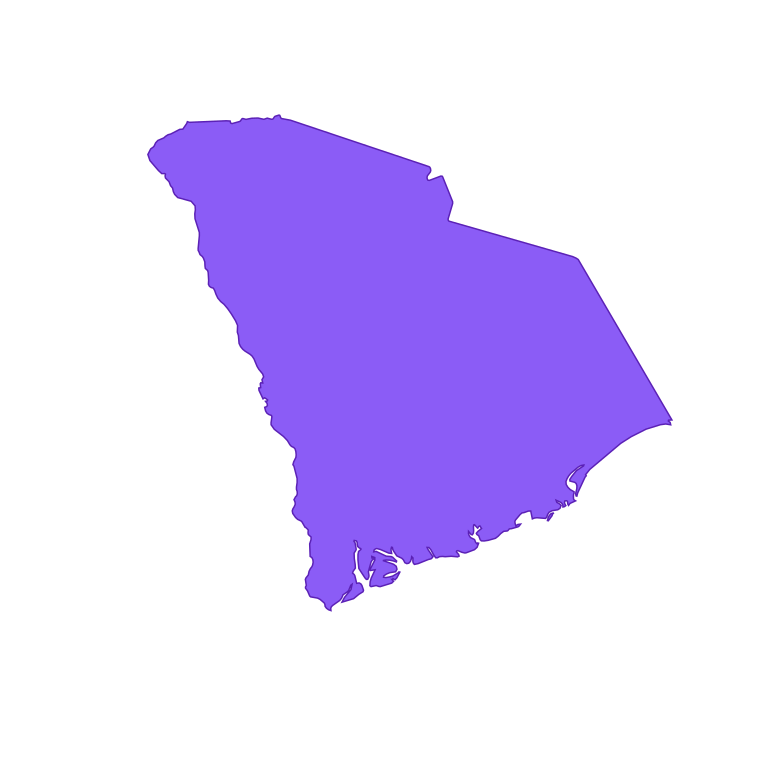 the State of South Carolina, rotated 15°
{"feature_id": "USA-3545", "entity_name": "South Carolina", "entity_type": "State", "adm_level": 1, "iso_a3": "USA", "parent_name": "United States of America", "parent_adm1": "", "projection": "albers", "projection_center": [-80.855, 33.625], "detail": "fine", "context": "isolated", "style": "filled", "palette": "violet", "viewbox_px": 768, "rotation_deg": 15, "n_neighbors": 0, "source": "natural_earth", "source_scale": "10m", "svg_char_len": 6168}
<svg xmlns="http://www.w3.org/2000/svg" viewBox="0 0 768 768"><g transform="rotate(15 384 384)"><path d="M671.4,344.2L668.2,345.3L668.2,346.2L670.3,347.0L671.5,349.2L666.5,349.7L661.5,351.8L648.8,359.8L636.4,370.9L628.0,380.1L604.9,413.2L602.2,419.4L603.1,420.3L602.3,422.0L599.3,439.0L599.3,442.4L598.5,442.4L597.5,440.3L597.3,435.1L596.7,432.4L595.4,430.4L593.8,429.6L588.7,429.6L588.2,428.1L589.3,424.7L592.3,417.9L598.0,411.4L598.0,410.5L595.3,411.8L592.9,414.2L587.5,422.0L586.2,424.9L585.3,428.1L585.0,431.1L586.0,433.9L588.4,436.2L591.3,437.8L595.5,438.9L595.8,440.1L595.7,441.7L596.0,443.4L596.9,446.1L597.6,446.8L599.3,447.3L594.6,451.2L593.7,453.5L592.6,452.4L591.6,449.9L590.6,449.5L589.0,450.1L588.9,451.5L589.8,453.1L591.1,454.4L590.0,455.8L588.7,456.5L587.8,454.0L585.5,452.6L580.3,451.7L581.6,453.6L584.3,454.3L586.5,455.4L586.2,458.5L584.4,460.5L579.1,462.9L576.7,465.1L575.8,467.7L575.7,470.1L574.9,472.0L566.3,473.6L563.9,474.6L562.2,475.9L558.6,468.7L556.3,469.4L552.5,472.0L550.7,472.8L549.3,474.8L546.2,481.4L546.0,483.0L546.7,484.7L548.2,487.0L548.8,485.9L549.7,485.0L552.2,484.0L551.3,486.2L550.4,487.3L544.5,490.8L542.6,491.5L541.6,493.6L541.0,494.1L537.8,495.3L535.5,498.2L533.6,501.6L531.6,504.2L525.0,508.1L521.3,509.7L518.6,510.3L517.2,509.5L514.8,506.1L512.7,505.3L511.8,504.3L512.9,502.0L515.6,498.3L513.4,496.3L512.6,496.8L512.1,497.8L511.9,498.8L512.2,499.3L507.8,496.5L507.1,496.9L507.4,498.9L508.6,502.6L508.9,504.9L508.4,506.8L507.2,506.9L503.8,504.5L504.3,506.6L505.6,508.5L507.3,509.9L511.7,510.8L513.5,513.2L515.2,514.3L515.6,514.2L515.7,513.3L516.6,513.3L516.2,517.6L514.3,520.6L507.2,525.7L505.9,526.3L502.8,526.4L498.5,525.8L497.4,526.5L497.4,527.4L500.2,529.3L501.1,530.8L499.9,531.9L493.5,533.0L487.8,535.0L485.2,535.4L482.3,536.4L480.6,538.0L478.9,538.5L476.0,536.0L472.1,531.9L469.7,530.3L467.9,530.7L469.4,532.5L475.2,537.6L475.9,537.9L476.0,538.2L475.5,539.5L474.7,540.7L472.2,542.1L463.4,548.7L460.0,550.4L458.4,549.1L457.7,547.6L457.0,544.5L455.4,543.6L455.7,545.9L455.4,548.6L454.3,550.7L452.5,551.6L450.4,551.2L448.2,548.8L446.2,547.7L440.8,546.7L436.2,542.6L435.3,541.5L434.4,539.7L433.5,539.7L433.5,541.4L433.9,543.0L435.3,545.7L432.2,546.1L423.4,544.8L419.6,544.8L418.4,545.5L417.4,546.9L417.5,548.8L419.7,547.7L430.6,549.7L435.7,548.8L437.3,549.1L442.0,551.7L442.0,552.7L438.7,552.5L435.0,552.7L431.5,553.5L428.6,554.8L439.9,555.6L443.0,556.9L444.5,559.6L443.8,562.4L438.5,564.7L435.6,566.9L433.5,569.3L433.6,570.8L435.9,570.5L439.2,569.0L442.2,567.2L446.5,562.8L447.1,561.6L448.0,561.6L446.6,567.9L445.3,570.3L443.0,569.6L443.0,570.4L442.1,570.7L444.3,572.1L443.0,574.3L432.8,580.7L431.5,580.9L428.6,580.7L423.9,583.1L422.6,582.5L421.8,578.6L421.9,574.8L423.5,565.7L419.1,567.7L418.5,566.9L420.7,556.5L420.0,554.0L416.8,553.7L417.3,555.1L418.4,554.8L418.6,555.3L419.3,555.7L418.1,557.4L417.6,559.3L417.5,569.3L419.0,572.7L419.3,574.2L418.8,576.9L417.5,577.3L415.8,576.2L407.5,568.8L404.4,560.7L403.0,555.4L402.8,552.3L404.5,549.8L404.2,549.0L402.7,548.8L400.7,547.8L399.7,545.9L399.1,544.0L398.0,542.7L395.7,542.8L395.7,543.7L397.2,545.0L399.9,550.8L399.9,551.7L398.9,555.1L400.5,560.3L402.8,565.6L404.0,569.3L402.7,572.8L402.6,574.8L404.5,575.7L405.5,576.8L409.2,583.6L411.5,582.6L413.3,583.0L414.8,584.3L417.6,588.5L417.5,590.1L414.2,593.6L410.2,599.2L399.9,605.6L401.1,600.3L405.3,591.2L405.0,585.7L404.0,587.0L403.3,592.7L402.4,594.2L399.0,598.2L398.5,601.8L397.3,604.5L391.7,611.2L390.8,612.8L390.6,614.5L391.4,616.6L388.8,616.4L386.5,615.5L384.7,614.1L383.9,612.1L383.0,611.0L378.0,608.6L375.3,608.0L368.2,608.6L367.1,608.0L363.6,603.6L361.1,601.6L360.7,600.5L361.1,598.7L358.6,593.1L358.8,591.5L360.3,588.1L360.1,584.3L360.7,581.3L361.6,579.3L361.9,577.6L361.7,574.5L360.7,572.0L359.2,570.3L357.3,569.7L353.6,557.7L353.8,553.2L353.2,550.7L349.9,549.0L349.2,547.6L348.6,544.7L347.9,544.1L345.2,542.7L344.8,542.8L340.4,538.4L339.3,537.8L335.6,537.1L333.1,535.8L329.4,532.7L328.2,530.3L328.3,528.2L329.0,525.9L329.4,523.1L328.6,521.0L327.0,519.0L327.8,515.7L328.5,514.7L328.7,512.7L328.0,510.4L326.7,508.4L326.1,506.1L325.6,501.7L324.5,497.7L318.3,486.7L316.9,485.5L316.9,482.6L317.9,477.7L317.5,475.2L316.4,472.2L314.9,469.7L313.3,468.7L310.7,468.2L308.8,467.0L305.4,463.7L300.5,460.7L289.8,456.2L285.5,452.6L284.9,450.5L284.2,444.7L283.4,443.5L280.7,443.3L278.5,442.5L276.6,440.7L274.8,437.4L276.5,436.2L276.9,434.7L276.1,433.0L274.0,431.4L275.7,430.5L275.7,429.5L273.4,428.5L272.1,428.3L271.0,429.7L264.9,422.5L264.1,420.3L265.8,419.4L264.4,415.8L264.7,414.7L266.6,414.4L265.0,411.4L265.9,408.3L264.2,405.7L259.4,402.3L256.9,399.9L251.9,393.4L249.4,391.2L247.0,390.0L241.2,388.2L238.6,387.0L235.8,385.0L233.5,382.3L230.8,374.8L228.9,371.9L227.4,365.3L224.2,361.3L218.4,355.8L213.4,351.6L208.8,348.4L204.9,346.6L201.2,344.0L198.4,340.7L196.3,337.6L194.4,335.6L192.0,335.5L190.1,334.8L188.6,333.1L187.8,329.3L185.3,321.8L184.3,320.1L181.5,318.6L180.6,316.5L179.3,312.4L177.1,309.3L175.6,307.9L172.8,306.6L170.8,303.9L170.0,303.2L169.4,301.2L167.3,288.7L166.4,285.4L158.7,273.3L157.2,268.6L156.7,264.6L155.4,260.8L150.4,257.4L136.5,257.3L132.7,255.0L130.8,252.8L129.0,249.4L126.5,247.7L124.0,244.2L119.6,241.6L118.7,239.7L118.6,237.8L117.7,237.5L114.9,238.3L110.9,236.2L100.1,228.8L96.5,223.4L97.8,217.3L99.9,214.7L100.4,213.6L101.0,210.2L102.5,207.3L107.6,203.3L108.9,201.3L110.9,199.1L113.2,197.8L120.8,190.9L123.7,189.9L126.0,183.5L126.2,181.5L128.4,181.6L163.5,170.6L167.3,169.8L168.3,171.6L169.8,171.8L176.3,168.0L177.2,167.2L178.1,164.7L178.9,164.1L182.2,164.1L187.3,161.6L193.5,159.7L199.5,159.4L202.4,157.4L206.7,157.4L207.7,157.1L208.3,156.5L209.0,154.4L209.5,153.6L213.0,151.4L213.8,151.5L215.4,153.6L216.3,154.1L225.3,153.4L371.2,162.4L372.2,162.8L373.1,163.8L373.9,165.6L373.9,167.2L372.0,171.8L372.2,173.8L373.0,175.1L373.8,175.8L375.1,175.6L385.0,168.5L386.3,168.2L387.1,168.8L403.1,190.1L403.6,191.9L403.2,208.0L403.5,208.9L404.2,209.7L405.1,209.9L533.3,212.1L537.0,212.7L539.4,213.5L671.4,344.2ZM580.5,465.6L580.4,467.8L578.1,473.6L577.2,473.6L577.2,470.8L577.7,468.2L578.9,466.0L580.8,464.8L581.1,465.0L580.9,465.4L580.5,465.6Z" fill="#8b5cf6" stroke="#5b21b6" stroke-width="1.5"/></g></svg>